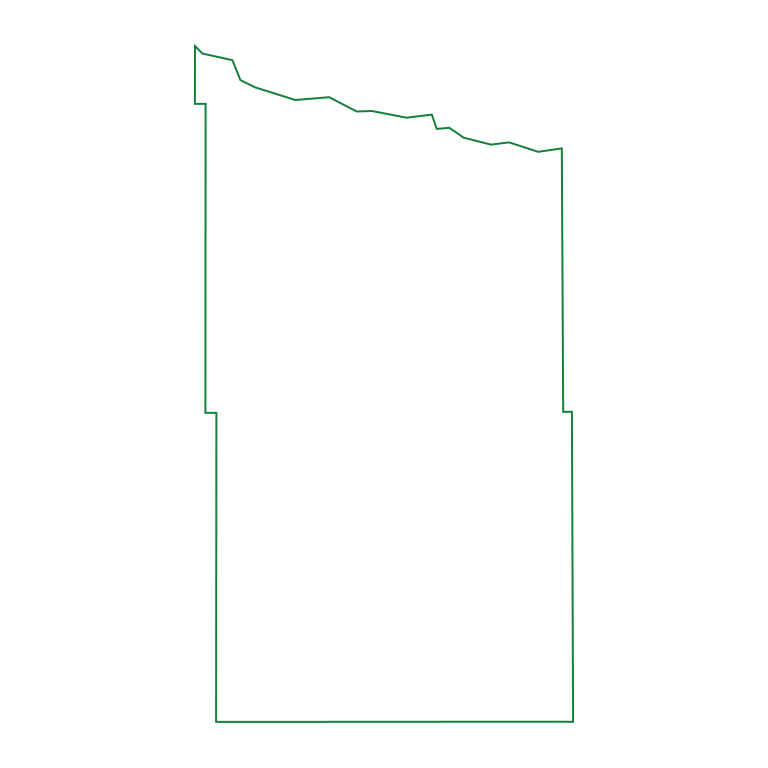 the district of Brown, Nebraska, United States of America
{"feature_id": "52423323B61841998846050", "entity_name": "Brown", "entity_type": "district", "adm_level": 2, "iso_a3": "USA", "parent_name": "United States of America", "parent_adm1": "Nebraska", "projection": "natural_earth1", "projection_center": [-99.937, 42.466], "detail": "fine", "context": "isolated", "style": "outline", "palette": "green", "viewbox_px": 768, "rotation_deg": 0, "n_neighbors": 0, "source": "geoboundaries", "source_scale": "gbopen_adm2", "svg_char_len": 457}
<svg xmlns="http://www.w3.org/2000/svg" viewBox="0 0 768 768"><path d="M555.8,721.7L573.1,721.8L571.9,411.7L563.2,411.9L561.8,148.4L538.2,151.8L509.1,142.4L490.9,144.6L463.7,137.7L449.3,127.8L436.8,128.9L431.8,114.6L406.5,117.7L371.9,111.0L356.6,111.5L329.2,97.2L295.3,100.0L254.9,87.3L240.4,80.1L232.4,60.2L202.5,53.6L195.0,46.1L194.9,103.9L205.6,103.9L205.4,412.8L216.4,412.9L216.1,721.9L555.8,721.7Z" fill="none" stroke="#15803d" stroke-width="2"/></svg>